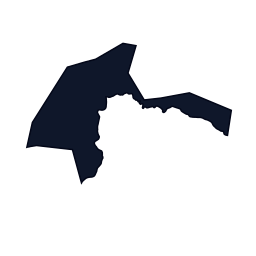 the district of Chinda, Santa Bárbara, Honduras, rotated 126°
{"feature_id": "27666195B5560017961245", "entity_name": "Chinda", "entity_type": "district", "adm_level": 2, "iso_a3": "HND", "parent_name": "Honduras", "parent_adm1": "Santa Bárbara", "projection": "mercator", "projection_center": [-88.15, 15.16], "detail": "fine", "context": "isolated", "style": "filled", "palette": "ink", "viewbox_px": 256, "rotation_deg": 126, "n_neighbors": 0, "source": "geoboundaries", "source_scale": "gbopen_adm2", "svg_char_len": 5453}
<svg xmlns="http://www.w3.org/2000/svg" viewBox="0 0 256 256"><g transform="rotate(126 128 128)"><path d="M199.8,133.3L199.6,133.3L199.2,133.4L198.7,133.5L198.4,133.5L198.1,133.5L197.8,133.5L197.5,133.5L197.4,133.4L196.5,133.2L195.9,133.1L195.3,133.0L194.6,132.8L193.8,132.6L193.4,132.5L193.1,132.4L192.9,132.2L192.6,132.0L192.4,131.9L192.0,131.7L191.6,131.4L191.2,131.0L191.0,130.8L190.6,130.5L190.5,130.4L190.3,130.1L190.1,129.9L189.9,129.7L189.7,129.4L189.5,129.2L189.3,128.9L189.0,128.6L188.8,128.4L188.6,128.2L188.3,128.0L188.0,127.8L187.8,127.7L187.6,127.6L187.4,127.4L187.2,127.3L186.9,127.2L186.7,127.2L186.3,127.1L186.1,127.1L185.7,127.1L185.0,127.2L184.5,127.3L184.1,127.4L183.2,127.6L181.7,127.9L181.3,128.0L180.9,128.2L180.7,128.3L180.1,128.6L179.9,128.7L179.6,128.8L179.3,128.9L179.0,129.0L178.6,129.1L178.4,129.2L178.1,129.2L177.0,129.1L175.4,128.9L173.8,128.8L173.5,128.8L173.3,128.8L173.1,128.8L172.8,128.9L172.5,128.9L172.1,129.1L171.8,129.2L171.6,129.3L171.3,129.5L171.1,129.6L170.9,129.7L170.7,129.8L170.2,130.0L169.9,130.1L168.8,130.4L168.5,130.5L168.3,130.6L168.0,130.6L167.8,130.6L167.4,130.6L167.2,130.7L167.0,130.8L166.9,130.8L166.7,131.1L166.0,131.7L165.9,131.8L165.8,132.1L165.7,132.2L165.7,132.4L165.6,132.5L165.4,132.8L165.2,132.9L164.8,133.1L164.5,133.2L163.9,133.7L163.6,133.9L163.3,134.1L163.2,134.2L163.1,134.4L162.9,134.5L162.7,134.9L162.5,135.1L162.4,135.4L162.3,135.6L162.2,135.7L162.2,135.8L162.2,136.0L162.2,136.3L162.3,136.7L162.4,137.2L162.5,137.6L162.6,138.2L162.7,138.5L162.7,139.0L162.7,139.3L162.7,139.7L162.7,140.1L162.6,140.7L162.5,141.0L162.3,141.5L162.0,142.2L161.8,142.8L161.7,143.2L161.6,143.8L161.5,144.2L161.4,144.5L161.2,144.7L161.1,144.9L161.0,145.2L160.8,145.5L160.6,145.8L160.4,146.0L160.1,146.3L159.9,146.4L159.7,146.6L159.2,146.7L158.9,146.8L158.7,146.8L158.3,146.8L158.1,146.8L157.9,146.7L157.6,146.6L157.4,146.5L157.0,146.3L156.8,146.2L156.5,146.1L156.2,146.0L155.7,145.8L155.1,145.6L154.8,145.5L154.6,145.4L154.4,145.4L154.1,145.4L153.6,145.5L153.4,145.5L153.0,145.6L152.6,145.8L152.4,145.9L152.2,146.0L151.9,146.2L151.8,146.3L151.7,146.5L151.4,147.1L151.3,147.3L151.0,147.9L150.7,148.4L150.5,148.7L149.8,149.5L149.5,149.9L149.2,150.2L149.1,150.4L148.8,150.6L148.6,150.8L148.4,151.0L148.2,151.1L147.8,151.3L147.6,151.4L147.4,151.5L147.2,151.6L146.8,151.9L146.3,152.4L146.0,152.6L145.5,153.0L145.2,153.2L144.8,153.5L144.5,153.7L144.2,153.8L144.0,154.0L143.6,154.1L143.3,154.2L142.3,154.6L141.7,154.9L139.5,155.9L136.3,157.3L135.7,157.6L135.2,158.5L135.0,158.8L134.8,159.4L134.5,160.0L134.4,160.2L134.2,160.6L133.9,161.0L133.7,161.5L133.4,161.9L133.3,162.0L133.2,162.0L132.5,162.3L132.2,162.4L131.8,162.5L131.7,162.6L131.3,162.6L131.2,162.6L130.9,162.5L130.7,162.4L130.4,162.2L130.1,161.9L130.0,161.7L129.8,161.4L129.6,161.1L129.5,160.9L129.4,160.5L129.3,160.3L129.2,160.1L129.0,159.9L128.8,159.6L128.6,159.3L128.4,159.1L128.1,158.8L127.8,158.6L127.6,158.5L127.3,158.3L127.0,158.1L126.6,158.0L126.4,157.9L125.9,157.8L125.7,157.8L125.3,157.8L125.1,157.8L124.9,157.8L124.7,157.9L124.4,158.0L124.2,158.0L123.6,158.3L123.1,158.6L122.5,159.0L121.1,159.8L120.5,160.2L119.7,160.7L119.3,161.0L118.9,161.4L118.5,161.7L117.8,162.2L117.5,162.5L115.7,164.1L114.8,163.0L114.7,162.4L114.4,161.5L113.1,160.2L112.2,159.8L110.9,158.8L109.9,158.4L108.5,157.9L107.2,157.2L106.6,156.5L106.3,155.9L106.3,155.2L105.9,153.7L105.3,153.1L105.0,152.8L104.7,152.2L104.3,151.7L103.3,151.5L102.1,151.1L101.2,150.4L100.7,150.1L100.0,149.5L99.9,148.6L100.0,148.4L100.1,147.8L99.4,146.6L98.4,145.8L98.0,145.2L98.0,144.5L98.6,143.4L99.3,142.7L100.1,142.0L100.5,141.5L100.8,140.4L100.6,139.7L100.7,138.9L100.8,138.5L100.8,138.0L100.2,137.1L100.3,136.2L100.6,135.6L100.7,135.1L100.4,134.9L100.2,134.8L99.6,134.7L99.2,134.5L99.0,134.2L99.4,133.8L100.3,133.7L101.0,133.6L101.4,132.9L101.4,132.6L101.4,132.1L101.3,131.6L100.8,131.4L100.2,131.1L99.9,130.6L100.0,129.9L100.4,129.5L101.2,129.1L102.1,128.7L102.6,128.5L103.0,128.3L103.3,127.8L103.2,127.3L102.9,127.2L102.6,127.1L101.9,127.2L101.3,127.1L100.8,126.4L100.6,125.5L100.6,124.7L100.2,124.1L99.6,123.6L98.7,122.9L97.8,122.2L97.1,121.5L96.4,121.1L96.1,120.6L96.2,119.0L95.9,118.6L95.1,118.3L94.7,118.3L94.1,118.2L93.4,117.8L93.2,117.5L92.9,117.0L92.9,116.5L92.7,115.6L92.6,114.2L92.5,113.6L92.6,112.9L92.7,112.3L92.8,111.6L92.8,110.9L93.4,110.3L94.1,109.8L94.5,109.5L94.6,108.8L94.4,108.2L93.9,107.9L92.4,107.5L90.4,107.8L89.8,107.8L88.8,107.5L87.7,106.7L86.8,106.1L85.1,105.4L84.6,105.2L84.0,104.1L83.9,103.5L83.5,102.2L83.0,100.6L82.4,98.9L82.1,97.8L82.0,97.4L81.9,96.4L82.4,95.7L82.8,94.9L82.9,93.7L82.8,91.9L82.6,90.0L82.5,89.1L82.1,88.2L81.7,87.1L81.8,86.5L82.1,86.0L82.3,85.4L82.4,84.8L82.1,83.9L81.0,81.8L79.4,79.5L78.4,77.8L76.9,75.7L76.5,74.8L76.1,73.8L75.9,72.7L75.8,71.7L75.6,70.6L75.3,69.8L74.9,68.9L74.7,68.2L74.5,67.1L74.3,65.8L74.2,64.7L74.3,63.4L74.8,62.4L75.6,60.8L75.9,59.9L76.0,58.7L76.3,57.1L76.4,55.9L76.2,54.6L76.0,53.4L75.9,52.2L75.9,51.2L75.6,50.6L74.8,48.9L74.8,48.7L75.0,48.4L75.0,48.2L75.5,47.7L75.9,47.3L76.1,46.9L76.3,46.7L76.4,46.4L76.4,46.2L76.4,45.9L76.3,45.5L76.3,45.2L76.2,44.8L76.1,44.5L76.0,44.4L75.9,44.0L75.7,43.6L75.6,43.4L75.5,43.2L53.0,54.8L63.5,99.0L84.5,119.0L95.8,131.4L83.6,160.3L56.7,169.9L62.5,181.8L91.4,194.6L100.2,201.8L114.4,212.8L179.7,208.6L203.0,198.5L202.6,198.2L201.5,197.1L200.3,196.1L199.4,195.2L198.5,194.3L197.2,193.0L195.9,191.7L178.1,160.3L199.8,133.3Z" fill="#0f172a" stroke="#020617" stroke-width="1.5"/></g></svg>